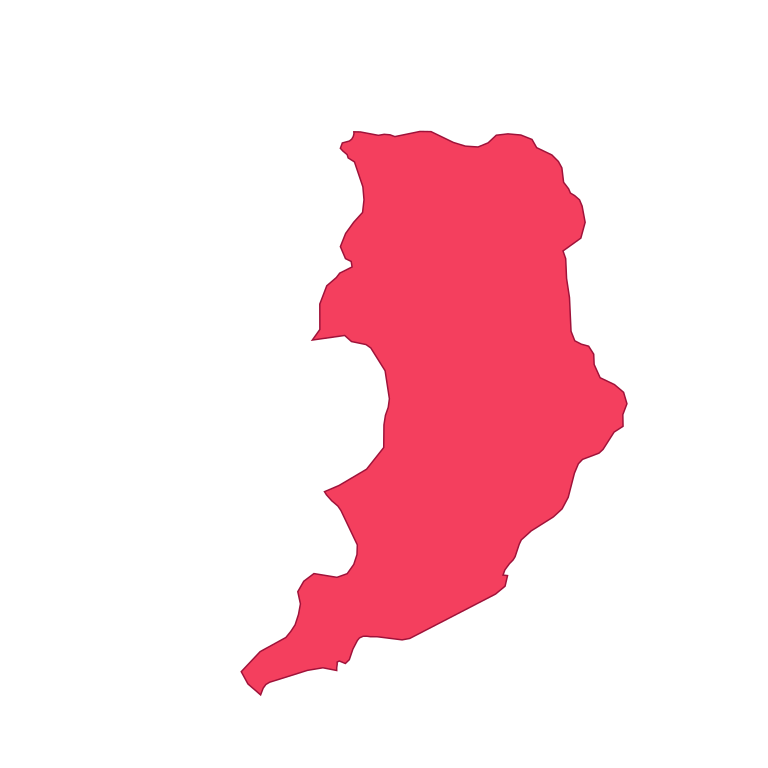 an SVG outline of Oudômxai, rotated 333°
{"feature_id": "LAO-3290", "entity_name": "Oudômxai", "entity_type": "Province", "adm_level": 1, "iso_a3": "LAO", "parent_name": "Laos", "parent_adm1": "", "projection": "orthographic", "projection_center": [101.644, 20.521], "detail": "fine", "context": "isolated", "style": "filled", "palette": "rose", "viewbox_px": 768, "rotation_deg": 333, "n_neighbors": 0, "source": "natural_earth", "source_scale": "10m", "svg_char_len": 1911}
<svg xmlns="http://www.w3.org/2000/svg" viewBox="0 0 768 768"><g transform="rotate(333 384 384)"><path d="M463.5,151.8L466.4,151.2L469.0,149.5L470.9,147.3L471.6,145.6L477.4,148.7L491.9,159.9L497.5,161.6L502.5,164.7L506.0,168.5L530.7,175.3L540.5,180.5L555.5,200.3L564.5,209.0L575.4,215.5L586.2,216.4L597.0,213.3L608.0,217.4L619.0,224.3L626.9,233.3L627.3,242.7L637.6,256.2L640.4,264.9L640.6,272.2L635.6,285.8L637.1,293.9L636.8,298.5L639.5,302.9L641.8,308.7L641.3,315.4L636.6,331.3L625.6,343.4L603.9,346.7L602.8,354.8L594.6,372.8L588.5,391.2L574.6,421.9L573.6,432.1L577.9,438.1L583.5,443.2L584.4,452.6L580.1,462.0L579.4,476.5L589.1,489.2L593.7,500.2L591.5,511.9L582.9,519.7L577.8,530.2L567.2,531.3L549.5,541.7L544.2,543.2L526.7,541.3L521.0,543.3L513.2,549.9L496.7,568.6L486.0,576.1L474.6,579.3L448.5,581.7L435.6,585.2L431.8,588.1L422.4,597.4L419.1,599.4L414.3,601.0L407.3,604.5L403.3,608.3L407.1,610.8L400.1,619.1L388.1,621.8L291.4,622.4L284.0,620.2L263.2,606.1L257.0,602.9L254.3,601.0L250.9,599.3L246.9,599.1L243.9,600.4L235.9,606.1L227.9,613.9L222.7,615.5L218.4,610.5L216.0,610.5L215.1,612.4L213.0,615.4L211.8,617.8L200.7,609.1L185.8,604.4L146.7,597.8L142.3,598.1L138.2,600.2L132.9,605.0L126.6,589.5L126.2,575.5L152.2,566.2L181.5,565.3L188.7,562.1L195.5,558.2L203.2,550.5L209.7,542.0L212.9,529.9L223.0,523.3L235.5,521.1L254.3,534.9L265.1,536.3L275.2,531.0L282.5,523.7L287.2,515.2L288.2,477.2L287.5,471.8L284.4,464.3L282.4,456.5L282.1,452.9L297.8,454.0L329.8,452.0L354.9,440.5L365.4,420.4L371.1,412.5L377.2,406.7L382.1,399.6L391.0,372.7L388.6,345.9L385.9,340.7L374.3,331.4L371.0,322.9L340.1,312.3L351.6,306.3L363.1,283.6L377.6,270.5L389.9,267.5L394.9,265.1L408.7,265.2L410.4,259.9L406.6,254.8L407.5,241.8L418.2,232.4L430.5,226.1L442.8,221.4L449.8,210.8L454.7,198.7L458.5,172.7L454.7,166.3L455.3,162.9L453.2,158.0L452.1,154.2L456.3,150.3L463.5,151.8Z" fill="#f43f5e" stroke="#9f1239" stroke-width="1.5"/></g></svg>